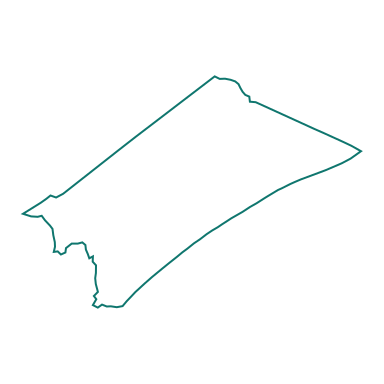 the district of Pirambu, Sergipe, Brazil
{"feature_id": "56859067B46148324219241", "entity_name": "Pirambu", "entity_type": "district", "adm_level": 2, "iso_a3": "BRA", "parent_name": "Brazil", "parent_adm1": "Sergipe", "projection": "orthographic", "projection_center": [-36.821, -10.66], "detail": "fine", "context": "isolated", "style": "outline", "palette": "teal", "viewbox_px": 384, "rotation_deg": 0, "n_neighbors": 0, "source": "geoboundaries", "source_scale": "gbopen_adm2", "svg_char_len": 1219}
<svg xmlns="http://www.w3.org/2000/svg" viewBox="0 0 384 384"><path d="M116.8,307.2L122.6,306.1L126.7,301.2L131.3,296.4L135.3,292.1L144.9,283.3L152.2,276.9L161.9,268.9L169.3,262.9L177.0,256.8L182.4,252.3L187.3,248.7L194.0,243.3L200.1,239.2L206.6,234.2L212.3,230.4L217.8,227.2L222.2,224.2L227.5,220.8L231.3,218.3L242.5,211.9L250.1,206.9L256.5,203.3L264.3,198.3L267.7,196.2L272.7,193.2L278.0,190.0L281.6,188.4L290.1,184.1L294.8,182.0L300.9,179.4L325.6,170.2L341.7,163.3L350.6,158.6L361.0,151.2L351.2,145.7L343.8,142.2L323.6,133.0L314.7,129.1L255.7,102.2L249.9,101.7L249.3,96.6L245.3,94.9L242.6,91.8L240.4,88.0L238.5,84.1L235.2,81.4L230.6,79.8L225.0,78.7L219.7,78.9L214.7,76.4L135.7,136.8L118.4,150.3L63.1,193.8L56.1,197.5L50.5,195.5L46.5,198.7L40.7,202.8L23.0,213.8L31.1,216.4L37.7,216.8L41.7,215.8L45.0,220.3L50.0,225.6L52.5,228.9L53.3,235.2L54.8,242.1L55.0,246.7L53.8,251.9L57.7,251.4L60.9,254.5L65.4,252.5L66.0,248.1L71.7,243.6L77.8,243.6L82.3,242.4L85.4,245.0L85.9,249.6L87.8,254.0L89.3,258.3L92.9,256.4L92.7,261.7L96.0,265.3L95.9,273.0L95.2,278.2L95.8,284.0L97.9,291.9L93.9,296.0L96.3,299.2L92.9,305.1L97.8,307.6L102.0,304.6L106.8,306.5L110.8,306.3L116.8,307.2Z" fill="none" stroke="#0f766e" stroke-width="2"/></svg>